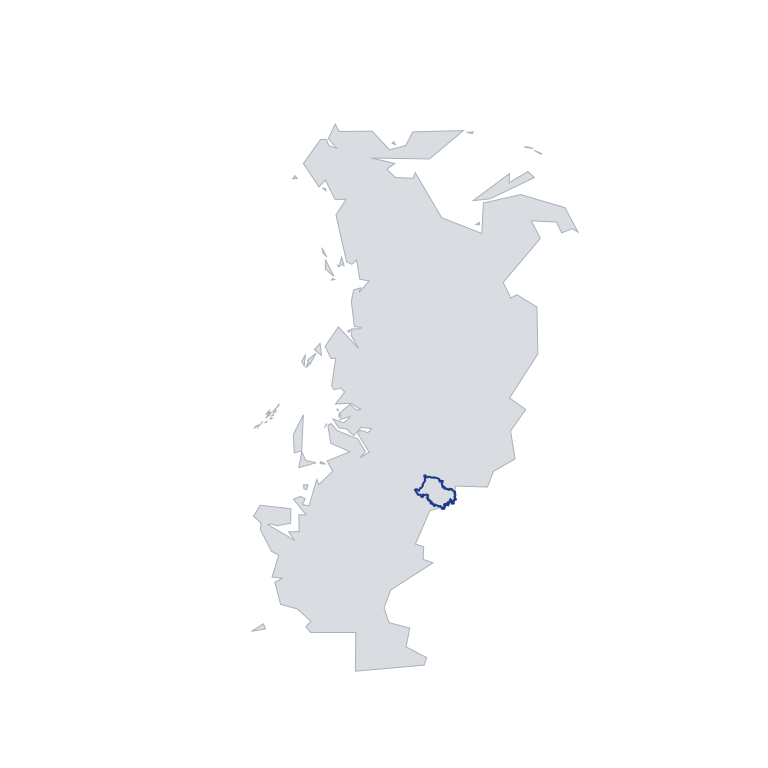 Omsk highlighted on a map of Russia, rotated 304°
{"feature_id": "RUS-2397", "entity_name": "Omsk", "entity_type": "Region", "adm_level": 1, "iso_a3": "RUS", "parent_name": "Russia", "parent_adm1": "", "projection": "albers", "projection_center": [72.959, 56.006], "detail": "fine", "context": "in_parent", "style": "outline", "palette": "blue", "viewbox_px": 768, "rotation_deg": 304, "n_neighbors": 0, "source": "natural_earth", "source_scale": "10m", "svg_char_len": 8834}
<svg xmlns="http://www.w3.org/2000/svg" viewBox="0 0 768 768"><g transform="rotate(304 384 384)"><path d="M631.4,435.4L618.4,459.9L618.0,453.1L608.6,446.8L614.7,436.4L601.6,414.8L592.2,432.2L534.8,426.0L526.2,441.1L532.3,444.2L533.3,467.7L495.0,494.7L442.6,495.9L442.1,515.7L415.8,515.2L395.2,534.5L372.6,523.6L356.4,527.4L339.4,500.3L324.0,508.5L304.4,492.9L268.8,499.5L271.4,507.9L260.4,514.4L263.1,524.6L217.2,504.8L198.2,509.2L189.0,521.7L196.1,541.8L178.4,549.3L181.0,572.4L173.5,574.5L129.9,520.9L162.2,499.6L137.0,462.1L139.1,454.9L146.4,456.1L149.0,437.8L143.5,421.5L158.6,404.4L166.1,408.2L161.4,399.2L183.3,392.4L182.4,384.2L194.1,363.0L199.8,359.9L201.5,349.7L214.3,349.2L228.5,376.7L216.3,384.4L206.7,374.6L204.8,368.6L202.4,366.4L204.5,397.5L208.0,387.6L214.2,396.2L228.0,386.5L231.9,392.6L237.9,373.3L244.2,377.6L244.7,382.9L238.4,383.8L241.2,390.0L267.3,381.6L264.3,386.3L283.0,390.2L288.4,379.9L308.8,393.6L305.1,373.0L318.3,360.6L321.6,362.2L319.1,371.0L323.8,393.0L317.5,406.5L309.6,405.4L319.1,409.8L328.2,390.1L332.0,389.0L334.7,397.9L340.0,398.9L335.5,389.4L324.3,387.7L325.7,377.4L322.3,371.2L326.5,361.3L329.3,372.3L336.3,374.3L338.1,374.0L329.9,367.6L335.9,363.7L348.2,367.2L346.9,375.7L349.9,379.0L349.4,367.3L340.3,354.9L355.4,355.9L356.5,350.6L351.3,345.7L353.3,341.6L378.6,329.5L375.5,325.9L382.1,314.2L405.8,314.2L399.2,343.2L405.9,329.6L411.8,326.7L416.2,333.0L417.3,333.8L418.1,333.4L415.1,327.3L434.1,310.8L445.1,306.2L450.7,310.9L446.3,312.1L461.0,314.1L457.4,305.3L471.5,292.0L465.3,290.4L464.4,284.7L497.3,249.6L516.1,249.3L509.5,240.4L520.4,221.3L511.0,220.0L521.7,193.9L551.3,194.6L554.6,199.6L550.7,204.9L553.0,212.9L556.4,200.7L572.2,198.2L568.3,205.6L587.0,232.8L581.2,257.7L593.8,268.6L609.1,266.9L638.6,308.2L595.9,295.7L564.2,247.1L572.8,269.6L563.7,266.2L561.5,277.9L570.8,293.0L576.7,291.7L554.1,338.8L563.5,380.9L589.6,365.2L617.4,391.3L631.4,435.4ZM313.5,334.3L282.5,353.1L276.7,348.2L291.4,337.1L313.5,334.3ZM585.8,355.3L628.7,370.4L620.8,375.2L640.6,384.5L639.2,393.2L596.9,368.4L585.8,355.3ZM267.0,360.1L281.9,353.7L276.9,361.8L280.8,371.8L267.0,360.1ZM445.3,282.3L446.5,271.0L454.4,265.9L445.3,282.3ZM360.8,307.3L371.7,310.4L358.5,311.7L360.8,307.3ZM356.5,303.2L364.5,302.4L354.5,307.7L356.5,303.2ZM373.6,307.1L382.0,308.2L372.7,316.2L373.6,307.1ZM457.2,265.5L458.4,260.3L462.3,256.3L457.2,265.5ZM104.9,412.5L117.7,418.1L114.8,422.7L104.9,412.5ZM280.7,304.0L285.4,304.5L276.2,303.6L280.7,304.0ZM459.0,280.3L465.8,277.7L459.7,284.8L459.0,280.3ZM258.0,377.2L253.2,379.0L252.2,376.3L255.2,373.7L258.0,377.2ZM289.5,305.1L293.8,305.1L295.6,306.7L289.5,305.1ZM303.3,307.9L301.0,309.9L298.1,308.5L299.1,307.2L303.3,307.9ZM307.3,308.9L303.9,308.1L309.0,308.2L307.3,308.9ZM284.2,374.5L284.9,380.3L282.3,375.6L284.2,374.5ZM359.1,309.0L356.6,311.1L354.2,310.0L359.1,309.0ZM292.5,303.1L297.8,303.7L295.6,304.8L292.5,303.1ZM506.9,193.6L506.0,197.1L503.0,193.5L506.9,193.6ZM277.4,301.3L280.3,303.1L274.1,300.8L277.4,301.3ZM318.7,358.7L314.5,359.2L318.7,358.4L318.7,358.7ZM407.6,324.2L410.6,326.0L407.1,326.1L407.6,324.2ZM512.3,223.2L513.2,226.4L511.6,227.7L512.3,223.2ZM296.2,309.6L294.0,308.2L297.8,309.7L296.2,309.6ZM296.6,305.1L297.7,307.0L295.1,305.3L296.6,305.1ZM658.8,367.6L660.9,370.4L662.7,376.2L658.8,367.6ZM292.2,308.5L293.5,310.4L291.3,309.7L292.2,308.5ZM335.5,363.1L332.6,364.8L331.8,364.6L335.5,363.1ZM590.6,256.6L588.8,259.7L588.0,256.1L590.6,256.6ZM456.5,279.0L457.8,281.4L455.9,281.0L456.5,279.0ZM567.7,370.9L571.4,372.8L569.3,374.0L567.7,370.9ZM638.9,311.7L642.9,317.0L640.9,317.3L638.9,311.7ZM288.3,307.9L286.1,307.8L285.5,307.1L288.3,307.9ZM337.2,358.6L336.7,361.1L336.0,360.5L337.2,358.6ZM442.7,282.5L442.9,284.6L440.8,282.3L442.7,282.5ZM662.3,385.2L661.6,377.7L663.1,385.9L662.3,385.2Z" fill="#d9dde1" stroke="#a8b0b8" stroke-width="1"/><path d="M313.8,498.4L313.4,498.3L313.2,498.1L313.2,497.5L313.0,497.3L313.0,497.2L313.0,496.9L313.1,496.7L313.1,496.2L313.1,495.7L312.4,494.5L312.3,494.4L312.4,494.2L312.5,494.0L312.1,493.9L311.8,493.9L311.6,494.1L311.4,494.2L311.0,494.0L311.1,493.6L311.0,493.2L311.4,492.5L312.0,492.3L312.1,492.2L312.3,491.7L312.2,491.5L312.1,491.4L311.8,491.4L311.4,491.1L311.4,490.9L311.4,490.6L311.6,490.3L311.6,490.1L311.8,490.0L312.0,490.0L312.2,489.9L312.4,489.8L312.3,489.7L311.6,489.8L311.3,489.7L311.2,489.6L311.2,489.4L311.3,489.3L312.4,489.3L312.6,489.1L312.8,488.8L312.9,488.2L313.1,487.7L313.0,487.4L312.7,487.3L312.7,487.0L312.8,486.8L312.9,486.7L312.6,486.5L312.5,486.3L312.8,486.0L313.2,485.9L313.3,485.7L313.3,485.4L312.9,485.0L312.6,485.1L312.6,484.9L312.8,484.7L313.0,484.7L313.3,484.7L313.7,484.5L313.8,484.4L313.9,484.2L314.0,483.6L313.8,483.3L313.8,483.2L314.3,483.4L314.7,483.3L315.1,483.4L315.3,483.3L315.3,483.0L315.4,482.9L315.7,483.1L316.0,483.0L316.2,482.5L316.5,482.2L316.4,481.5L316.3,481.3L316.1,481.0L315.2,480.4L314.7,479.3L314.2,479.2L314.3,478.9L314.3,478.6L314.1,478.5L314.2,478.3L314.2,478.2L313.8,478.1L313.6,478.2L312.9,478.3L312.7,478.7L312.7,478.9L312.8,479.0L312.6,479.3L312.1,479.2L312.3,478.9L311.9,478.7L311.6,478.5L311.4,477.8L311.4,477.7L312.5,476.8L312.5,476.7L312.5,476.4L312.5,476.2L312.4,476.2L312.1,476.3L312.1,475.4L311.8,475.2L311.7,474.9L311.5,474.7L311.5,474.3L311.5,474.2L311.3,473.7L311.6,473.5L311.6,473.4L311.7,473.2L313.5,468.9L314.0,469.1L314.3,469.1L314.5,469.6L314.8,469.7L315.1,470.0L315.1,470.3L315.0,470.5L314.8,471.8L314.8,472.0L314.9,472.4L314.9,472.5L315.6,472.4L315.9,472.5L316.3,472.4L318.0,472.2L318.2,472.4L318.5,472.9L318.6,473.0L319.9,473.0L320.1,473.1L321.5,473.1L321.8,472.9L321.9,472.7L322.0,472.4L322.5,472.1L327.0,472.1L328.1,471.0L328.7,470.8L328.7,470.6L328.9,470.4L329.4,469.9L329.7,469.7L329.8,469.7L329.7,469.5L329.8,469.4L330.6,468.6L331.4,469.3L331.4,469.5L330.5,470.3L331.2,471.3L331.1,471.5L330.7,472.0L332.6,473.5L332.8,475.6L333.1,475.8L333.4,476.1L334.0,477.6L334.4,477.5L334.6,477.7L335.1,478.7L335.1,479.0L335.5,480.3L335.6,480.9L335.8,481.3L335.8,481.6L336.0,482.5L336.0,482.8L335.6,483.2L335.5,483.5L335.1,483.6L335.0,484.1L334.5,484.5L334.3,484.6L334.3,484.9L334.4,485.0L334.5,485.0L334.7,484.7L335.0,484.8L335.1,484.7L335.5,484.9L335.5,485.0L335.3,485.2L335.5,485.9L335.8,486.1L336.0,486.3L336.3,486.5L336.4,486.9L336.1,487.0L335.8,487.2L335.7,487.1L335.4,487.1L335.0,487.0L334.9,487.4L334.0,487.4L333.8,487.6L333.8,487.9L333.1,488.1L333.0,488.5L332.1,489.4L332.1,489.5L332.2,489.8L332.4,489.9L332.4,490.0L332.3,490.3L331.8,490.5L331.3,490.3L331.2,490.5L331.4,490.7L331.4,490.9L331.9,491.2L331.4,491.6L331.5,491.7L331.7,491.9L332.2,491.9L332.3,492.1L332.2,492.4L331.7,492.8L331.6,493.0L331.3,493.3L331.6,493.6L331.7,493.8L331.8,493.9L331.8,494.1L332.1,494.2L332.1,494.3L332.2,494.8L332.1,495.1L332.3,495.4L332.3,495.7L332.6,495.7L332.7,496.0L332.7,496.3L332.5,496.7L332.5,496.9L332.6,497.0L333.1,496.9L333.4,497.0L333.2,497.3L333.3,497.5L333.5,497.7L333.9,497.7L334.0,497.9L334.2,498.6L334.3,498.6L334.5,498.5L334.6,498.8L334.8,499.2L334.8,499.3L334.6,499.6L334.2,499.7L334.2,499.8L334.3,503.1L333.9,503.2L333.3,503.2L332.8,503.5L333.2,504.1L331.4,505.5L330.7,505.3L330.4,505.3L330.2,505.4L330.1,505.9L329.7,506.0L329.6,506.5L328.8,506.6L328.7,506.6L328.7,506.8L328.6,507.2L328.8,507.4L328.6,508.2L328.5,508.3L328.4,508.3L328.0,507.9L327.9,507.8L328.0,507.6L327.9,507.6L327.7,507.3L327.4,507.3L327.3,507.5L327.1,507.5L327.0,507.4L327.0,507.1L326.3,506.9L325.7,507.3L325.5,507.2L325.1,507.2L325.1,507.6L324.8,507.6L324.6,508.0L324.0,508.6L323.7,508.4L323.9,507.9L323.2,507.5L323.3,507.2L323.1,507.0L323.1,506.9L323.3,506.7L323.5,506.6L323.6,505.9L324.1,505.7L323.9,505.5L324.1,505.2L324.3,505.1L325.0,505.3L325.1,505.2L325.3,504.9L325.5,503.7L325.2,503.8L325.2,503.6L324.8,503.6L324.9,503.9L324.8,504.0L324.5,504.1L324.5,504.5L324.3,504.6L324.1,504.4L323.9,504.4L323.8,504.6L322.4,504.3L322.3,504.2L322.2,503.9L322.0,503.4L321.9,503.2L321.6,503.3L320.4,503.1L320.2,503.2L320.0,503.4L319.9,503.8L320.4,503.8L320.6,503.9L320.7,504.2L320.7,504.5L320.1,504.4L319.7,504.8L319.3,504.9L319.3,504.7L319.5,504.1L319.2,503.7L319.4,503.5L319.5,503.3L319.8,503.1L318.9,502.8L319.1,502.4L319.1,502.2L318.9,502.1L318.7,501.8L318.4,501.4L317.8,501.2L317.7,501.3L318.1,501.7L317.9,502.1L317.9,502.4L318.1,502.6L318.4,502.6L318.4,502.8L318.4,503.0L318.2,503.2L317.7,502.5L317.5,502.4L316.5,502.2L316.4,502.3L316.3,502.5L316.3,503.0L316.0,503.3L315.8,503.3L315.6,503.1L315.2,503.3L315.2,502.9L315.1,502.7L314.5,502.5L314.4,502.6L314.0,503.2L313.9,503.3L313.5,502.8L313.3,502.6L313.3,502.3L313.3,502.0L313.0,502.0L312.9,501.7L313.0,501.5L313.3,501.5L313.6,501.7L313.9,501.6L314.0,501.0L313.8,500.9L313.9,500.6L313.8,500.4L313.8,499.7L313.9,499.4L314.3,499.2L314.3,498.8L314.1,498.5L313.8,498.4ZM312.4,488.3L312.6,488.2L312.6,488.3L312.5,488.5L312.4,488.6L312.4,488.3ZM312.3,488.8L312.3,489.0L312.1,488.9L312.3,488.8Z" fill="none" stroke="#1e3a8a" stroke-width="2"/></g></svg>